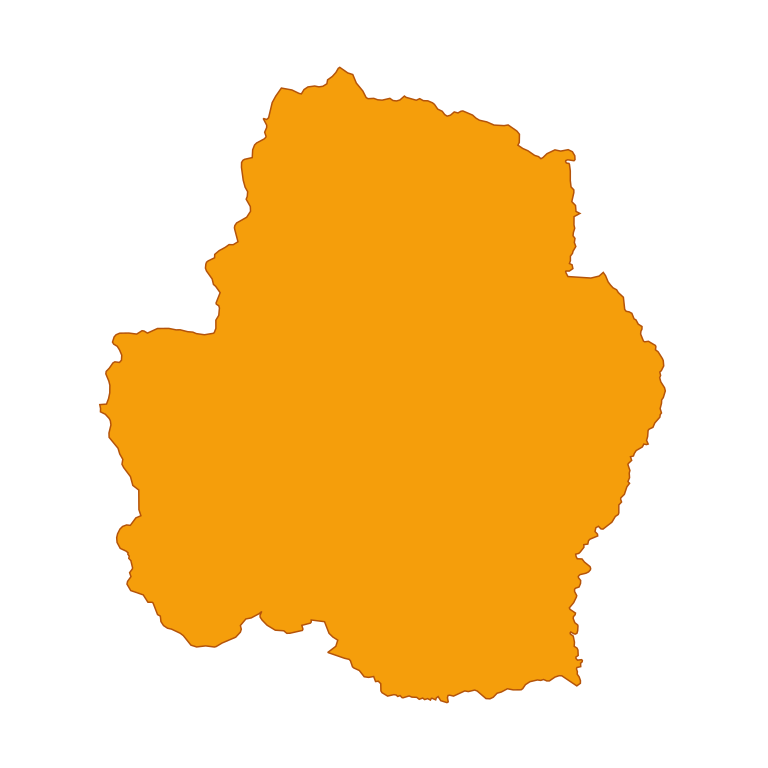 outline of Phuoc Son, Quàng Nam, Vietnam, rotated 186°
{"feature_id": "81297802B80912783182295", "entity_name": "Phuoc Son", "entity_type": "district", "adm_level": 2, "iso_a3": "VNM", "parent_name": "Vietnam", "parent_adm1": "Quàng Nam", "projection": "mercator", "projection_center": [107.809, 15.387], "detail": "fine", "context": "isolated", "style": "filled", "palette": "amber", "viewbox_px": 768, "rotation_deg": 186, "n_neighbors": 0, "source": "geoboundaries", "source_scale": "gbopen_adm2", "svg_char_len": 6119}
<svg xmlns="http://www.w3.org/2000/svg" viewBox="0 0 768 768"><g transform="rotate(186 384 384)"><path d="M664.5,333.8L663.3,329.9L663.1,326.7L658.0,324.8L653.7,321.0L652.3,318.8L651.3,314.7L652.4,306.5L651.8,302.2L641.8,292.3L639.5,286.8L635.9,281.8L636.2,276.8L634.1,273.6L626.5,265.4L623.2,256.9L616.8,252.9L614.6,233.4L612.0,227.6L616.8,224.9L621.5,216.9L625.3,216.9L629.1,215.0L631.4,212.2L633.3,207.2L633.8,203.2L632.9,198.5L629.1,192.9L623.2,190.9L620.9,189.4L621.0,188.0L619.4,186.1L619.6,183.9L617.3,181.9L614.9,175.1L614.9,173.8L617.3,169.8L615.5,166.0L618.4,160.9L618.7,158.1L614.3,152.1L601.4,149.1L596.0,142.3L591.8,142.7L590.8,142.1L585.1,131.0L582.2,129.8L581.0,124.4L578.0,120.7L573.8,118.5L569.7,118.0L560.6,114.8L557.3,112.8L548.7,104.1L542.9,102.9L534.0,104.9L525.2,104.7L523.5,105.3L517.9,109.5L505.0,116.7L500.9,122.2L500.3,125.2L501.6,128.8L496.8,135.9L491.6,137.5L484.1,142.6L481.8,145.0L483.1,141.1L482.8,139.2L480.6,136.5L475.1,131.9L466.4,127.8L457.9,128.1L454.6,125.9L451.5,126.3L439.4,130.4L439.0,131.8L440.5,135.4L432.2,138.5L431.5,139.7L431.7,141.7L418.3,141.4L412.6,130.3L408.4,127.0L403.2,124.4L404.5,118.1L411.6,111.4L411.3,111.0L394.6,107.1L389.9,106.5L388.5,105.3L385.8,99.5L384.5,98.5L378.6,96.5L373.1,90.8L368.7,90.6L363.7,92.0L361.3,87.2L358.6,87.8L355.9,85.6L355.0,78.5L353.7,76.8L347.8,74.0L341.7,76.1L339.5,76.0L337.7,74.7L335.4,75.8L333.3,74.0L332.3,73.9L326.4,76.4L323.6,75.5L318.7,75.8L316.0,74.1L312.7,75.7L310.6,74.4L307.7,75.7L304.8,74.5L304.1,76.3L303.4,76.5L299.6,75.3L299.2,77.2L297.5,78.8L294.5,75.0L288.1,73.7L286.9,74.6L288.1,78.6L287.8,80.9L286.2,81.4L282.2,80.9L271.6,87.2L268.0,86.9L261.8,89.1L259.2,88.4L249.7,81.8L245.7,82.0L242.6,83.9L239.2,88.3L235.2,89.9L229.4,93.8L223.5,93.3L215.7,94.2L214.2,95.5L211.9,99.8L207.7,103.2L200.5,105.7L197.2,105.6L194.4,106.8L191.0,105.7L188.5,106.0L183.3,110.4L179.4,112.2L176.7,112.4L160.7,103.9L157.4,106.9L157.6,109.5L159.3,113.1L161.5,115.6L161.6,118.1L162.8,120.7L162.5,122.2L158.8,123.5L159.3,126.8L157.9,128.4L157.8,129.7L158.6,130.5L162.7,129.6L164.4,131.1L164.6,132.5L162.5,134.3L163.3,139.6L164.4,141.5L167.4,143.0L167.6,147.2L169.2,152.3L169.7,153.3L172.4,154.7L172.9,155.8L172.3,156.9L168.9,155.4L167.6,155.3L166.1,156.2L165.6,158.8L165.8,163.6L166.2,164.6L169.3,166.6L171.3,170.5L171.3,172.4L169.8,174.5L169.6,176.2L175.4,179.3L176.3,180.7L172.5,186.4L170.4,192.2L170.2,193.7L172.8,197.6L173.0,199.8L172.2,200.9L168.8,202.5L167.7,206.2L167.9,209.2L170.3,211.6L170.7,213.0L169.2,214.9L163.4,216.9L160.9,218.5L159.3,220.8L159.2,222.2L160.0,223.9L166.1,227.9L168.8,230.7L173.5,230.4L174.9,232.4L175.6,234.8L172.6,235.9L171.2,237.5L168.1,242.5L168.5,245.1L164.6,246.1L164.2,249.6L162.9,251.2L155.6,255.2L156.0,257.0L158.7,259.3L158.3,263.2L155.9,264.9L153.1,262.6L151.0,262.6L142.9,270.4L140.1,276.4L137.4,278.7L137.0,280.4L137.8,288.3L135.4,291.5L136.6,294.0L136.6,295.5L133.4,299.4L131.7,307.1L129.4,310.9L131.2,312.5L130.0,316.5L130.8,321.0L130.4,323.7L133.0,329.4L132.7,330.5L129.7,333.9L131.3,337.4L128.4,338.5L127.8,341.1L126.2,344.2L120.5,348.4L119.3,351.4L116.5,351.2L115.0,351.9L117.0,355.4L116.3,359.3L116.5,365.5L115.5,366.9L112.0,369.0L110.6,373.6L106.2,379.8L106.1,382.5L105.0,384.2L106.8,388.4L106.0,393.9L106.2,397.2L104.8,399.7L103.5,406.5L104.6,409.6L108.9,415.0L110.5,419.1L109.8,421.4L111.0,424.7L109.6,426.2L107.7,431.2L108.7,436.4L109.8,438.4L114.8,444.7L117.6,446.4L117.5,449.5L118.1,450.7L125.5,454.1L129.1,453.2L130.4,453.7L134.0,460.5L134.0,463.3L133.2,465.5L133.4,468.1L137.4,470.1L140.1,474.1L142.1,474.9L144.9,480.2L147.8,481.4L150.7,481.6L152.4,483.3L155.0,495.3L160.5,499.4L162.5,502.0L166.3,503.6L169.1,506.1L171.8,509.0L175.0,514.9L177.6,517.9L181.4,513.8L189.3,511.0L212.3,510.1L214.7,513.7L215.1,515.0L214.7,515.4L211.5,515.7L208.2,518.5L209.4,522.2L212.2,523.2L211.5,526.1L212.0,530.6L210.2,533.6L209.9,535.8L207.6,540.8L209.5,544.6L209.3,548.8L211.5,551.2L211.5,554.4L210.6,558.8L211.7,562.0L212.5,570.3L207.0,574.1L211.1,575.7L212.2,581.6L216.3,585.0L215.2,594.1L215.5,596.9L218.6,599.6L220.0,605.9L221.0,615.4L222.5,621.7L223.1,622.7L225.6,622.8L226.6,624.0L226.6,625.2L224.7,626.2L218.4,625.9L217.5,627.1L218.1,630.9L220.9,634.7L225.3,636.3L232.6,634.1L238.5,634.7L246.0,630.1L249.6,625.8L251.5,624.5L254.1,626.3L258.1,627.1L265.2,631.0L270.5,632.7L275.8,635.5L274.7,638.4L275.4,646.5L278.2,649.4L287.6,654.6L291.5,653.5L301.6,653.0L309.1,655.4L316.6,656.3L320.3,658.0L324.0,660.7L334.1,663.8L336.0,663.3L338.8,661.3L342.6,661.9L346.0,658.3L349.2,657.0L351.8,658.3L354.6,661.3L359.3,663.0L363.1,667.4L365.1,668.7L370.0,670.2L374.5,669.9L378.3,671.5L381.6,669.6L392.0,671.4L393.8,672.5L397.9,668.1L401.2,666.8L404.8,666.9L408.0,668.7L415.5,666.1L420.0,666.0L424.0,667.0L429.7,666.1L431.7,667.0L435.7,673.2L443.0,680.4L447.4,688.5L452.6,689.6L461.1,694.3L462.5,693.1L464.4,688.8L467.5,684.5L471.9,680.6L472.2,676.6L475.9,673.7L479.8,672.7L484.1,673.1L490.7,671.5L494.3,668.5L496.5,663.9L498.8,664.1L506.3,666.8L517.0,667.6L521.8,658.9L524.6,652.2L526.6,636.7L528.3,634.8L531.3,635.4L531.6,635.0L527.7,629.1L527.5,626.8L529.0,621.9L527.2,618.0L527.4,616.9L528.8,615.2L535.8,610.5L537.7,608.2L539.1,603.2L538.7,595.4L546.1,592.9L547.7,591.7L548.8,589.4L548.4,584.6L545.3,571.9L542.7,565.2L539.7,561.0L539.6,556.2L540.4,553.4L535.5,546.5L534.8,541.8L538.0,535.5L547.4,528.8L548.9,526.0L549.1,523.8L548.6,522.1L544.1,510.2L548.5,506.8L552.7,506.4L556.2,503.3L561.9,499.4L565.9,495.2L565.7,491.8L571.7,488.1L573.2,486.6L573.7,484.6L573.7,480.6L572.4,477.9L565.9,470.5L564.0,465.2L561.6,463.5L556.5,457.7L559.5,447.0L559.1,445.9L556.5,444.5L555.6,442.4L555.5,435.0L557.9,429.9L557.0,421.7L558.2,417.4L559.0,416.6L567.7,414.2L575.9,414.5L579.5,415.6L584.7,415.5L592.4,416.6L596.4,416.1L603.8,416.8L615.1,415.5L624.6,409.9L628.2,411.6L630.2,411.7L635.2,407.8L643.1,408.0L652.2,406.9L655.6,405.0L657.3,402.6L658.4,397.3L657.0,395.4L653.2,393.6L650.5,390.1L647.8,385.2L647.6,380.2L649.4,377.8L654.0,377.9L655.8,376.6L658.8,371.1L661.6,367.5L661.7,365.0L657.9,358.0L656.5,354.1L655.8,346.5L656.4,340.7L657.9,335.0L664.5,333.8Z" fill="#f59e0b" stroke="#b45309" stroke-width="1.5"/></g></svg>